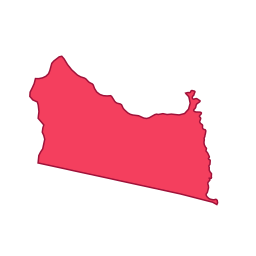 Kolda, Natural Earth projection, rotated 12°
{"feature_id": "SEN-774", "entity_name": "Kolda", "entity_type": "Region", "adm_level": 1, "iso_a3": "SEN", "parent_name": "Senegal", "parent_adm1": "", "projection": "natural_earth1", "projection_center": [-14.005, 13.12], "detail": "fine", "context": "isolated", "style": "filled", "palette": "rose", "viewbox_px": 256, "rotation_deg": 12, "n_neighbors": 0, "source": "natural_earth", "source_scale": "10m", "svg_char_len": 3124}
<svg xmlns="http://www.w3.org/2000/svg" viewBox="0 0 256 256"><g transform="rotate(12 128 128)"><path d="M230.8,184.4L226.2,183.0L193.0,181.6L156.6,181.4L129.8,181.3L120.1,181.2L83.7,181.1L75.4,181.0L47.3,180.9L46.5,173.5L47.4,170.0L48.9,166.1L48.9,160.5L48.9,156.3L47.1,152.7L45.0,149.9L44.7,145.7L45.0,142.5L41.4,139.7L38.1,137.2L37.8,134.4L37.5,130.5L35.4,124.2L33.9,121.4L29.0,120.3L25.4,117.5L24.8,113.3L26.0,108.7L27.0,104.1L27.2,98.9L30.6,98.2L34.0,96.7L36.9,94.5L39.0,91.4L39.6,88.0L40.0,80.6L41.5,77.9L43.8,75.2L45.9,72.7L48.3,71.6L51.1,73.7L55.7,78.6L60.8,82.8L67.6,86.8L71.0,87.8L75.0,88.2L76.5,88.7L79.9,91.1L81.8,91.8L83.9,92.3L85.0,93.1L87.1,96.4L89.9,99.3L93.4,101.0L97.1,101.5L100.9,101.0L104.3,100.0L105.4,100.5L108.4,103.6L109.3,104.6L110.7,105.5L112.2,106.0L115.4,106.1L116.8,106.6L117.9,108.0L118.7,109.2L119.7,110.2L120.8,111.0L124.5,113.2L127.2,114.1L130.0,114.3L135.8,113.8L141.4,115.0L144.3,114.8L146.6,113.6L151.5,109.3L153.1,108.5L154.8,108.5L159.2,106.7L163.4,106.7L167.5,105.4L175.3,104.6L180.3,102.1L183.3,97.0L183.7,90.9L181.2,85.2L180.2,84.2L177.8,82.6L177.1,81.9L178.5,81.2L179.4,80.8L180.5,80.7L181.1,80.5L181.5,80.1L181.7,79.6L181.9,78.9L182.1,78.4L182.5,78.1L183.1,78.0L184.1,78.1L185.3,78.1L185.7,78.3L186.0,78.7L185.9,79.5L185.6,80.7L185.6,81.8L185.5,82.2L185.4,82.4L185.0,83.0L184.7,83.5L184.5,84.1L184.5,84.8L184.8,85.5L185.5,86.1L186.1,86.2L186.7,86.0L187.6,85.4L188.1,85.2L188.7,85.0L189.3,85.1L189.9,85.2L191.4,85.9L192.5,86.2L192.8,86.4L192.9,86.7L192.7,87.4L192.4,87.8L190.5,89.9L190.2,90.4L190.0,91.0L189.9,91.6L189.9,92.3L189.9,93.0L189.9,93.8L189.7,94.4L189.5,94.9L189.2,95.4L188.8,95.9L188.6,96.3L188.5,96.9L188.7,97.4L189.3,97.9L189.9,98.1L190.6,98.2L191.2,98.2L191.9,98.1L194.4,97.6L195.8,97.5L196.3,97.7L196.7,98.1L196.6,98.9L196.4,99.5L195.5,100.9L195.4,101.5L195.6,102.0L196.2,102.5L196.7,102.8L197.1,103.4L197.1,104.3L197.0,105.1L196.8,106.4L196.8,107.1L197.3,107.8L198.3,108.6L199.7,109.2L200.2,109.6L200.5,110.2L200.6,111.2L200.8,112.1L201.1,112.8L201.9,113.4L202.5,113.6L203.8,113.6L204.2,113.9L204.6,114.4L204.8,115.3L204.9,117.8L204.8,118.7L204.9,120.6L204.7,121.3L204.6,122.0L204.7,122.7L205.1,123.7L205.2,125.6L205.4,126.7L206.1,128.5L207.5,130.3L208.1,130.9L208.6,131.2L209.0,131.6L209.0,132.4L209.0,133.1L209.0,133.9L209.2,134.4L210.8,135.6L211.9,136.9L212.7,138.1L213.4,138.9L213.6,139.4L213.5,140.1L213.2,140.6L213.0,141.1L213.3,141.6L213.9,142.0L214.6,142.1L215.0,142.4L215.2,142.8L215.7,146.5L215.4,147.2L215.1,147.7L215.0,148.2L215.2,148.9L215.7,149.7L216.0,151.6L216.4,152.6L217.3,153.8L218.7,154.9L219.2,155.4L219.6,158.2L220.0,159.1L219.8,159.9L219.4,160.1L218.8,160.2L218.3,160.1L217.9,160.2L218.0,160.6L218.5,161.0L218.8,161.5L218.8,162.2L218.5,162.7L217.9,163.8L217.7,164.3L217.5,164.9L217.6,165.7L217.8,166.5L218.5,167.4L218.8,168.4L219.1,169.2L219.2,169.9L219.0,174.3L218.8,175.0L218.3,176.0L218.2,176.6L218.4,177.3L219.1,178.4L219.9,179.0L221.2,179.8L222.3,180.3L223.6,180.5L226.0,180.5L227.1,180.3L227.9,179.9L228.4,179.6L229.0,179.5L230.3,180.2L231.2,182.6L230.8,184.4L230.8,184.4Z" fill="#f43f5e" stroke="#9f1239" stroke-width="1.5"/></g></svg>